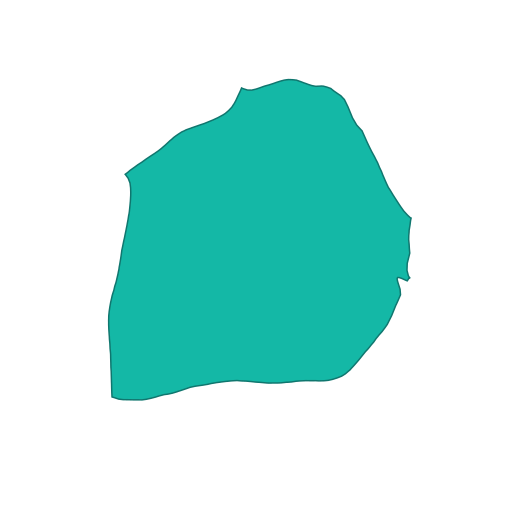 the district of Sah, Hadramawt, Yemen, rotated 21°
{"feature_id": "15242507B46813891716840", "entity_name": "Sah", "entity_type": "district", "adm_level": 2, "iso_a3": "YEM", "parent_name": "Yemen", "parent_adm1": "Hadramawt", "projection": "orthographic", "projection_center": [48.896, 15.508], "detail": "fine", "context": "isolated", "style": "filled", "palette": "teal", "viewbox_px": 512, "rotation_deg": 21, "n_neighbors": 0, "source": "geoboundaries", "source_scale": "gbopen_adm2", "svg_char_len": 4138}
<svg xmlns="http://www.w3.org/2000/svg" viewBox="0 0 512 512"><g transform="rotate(21 256 256)"><path d="M387.2,165.0L386.4,165.0L383.4,163.8L382.3,163.3L379.5,161.9L377.9,161.1L373.8,158.4L371.5,156.8L370.4,156.0L366.0,152.8L361.8,149.7L358.1,146.8L356.9,145.9L354.9,144.5L353.8,143.4L352.1,141.8L351.0,140.7L349.4,139.1L347.0,136.6L346.5,136.1L345.4,135.0L342.9,132.2L339.5,129.0L336.6,125.9L335.9,125.2L333.5,123.1L330.9,120.7L329.7,119.7L329.0,119.1L326.4,116.9L322.9,113.7L319.0,110.0L316.3,107.3L313.5,104.5L312.7,103.7L310.7,101.7L310.4,101.3L303.1,97.7L296.6,92.5L288.3,83.7L282.4,78.2L281.5,77.8L280.0,77.1L277.8,76.0L273.9,75.1L269.8,74.1L267.2,73.3L265.8,72.8L261.7,72.9L258.0,73.3L257.1,73.6L256.6,73.7L254.1,74.8L250.9,76.2L246.9,76.9L243.3,77.1L242.6,77.1L241.2,77.1L238.8,77.2L237.8,77.2L235.1,77.2L231.8,77.3L230.8,77.3L226.7,78.4L223.8,79.4L223.2,79.6L221.8,80.3L219.3,81.7L216.1,84.0L213.1,86.4L210.3,88.8L209.3,89.6L206.7,91.7L204.9,93.0L202.9,94.5L201.5,95.7L199.1,97.8L196.2,100.2L195.9,100.4L192.5,102.7L188.7,104.1L184.0,104.4L182.3,104.3L182.3,105.8L182.2,108.0L181.8,113.0L181.5,117.9L181.2,120.3L181.0,121.7L180.7,122.9L180.1,125.8L178.3,130.1L176.2,134.0L174.8,135.9L173.7,137.2L170.7,140.7L169.7,141.7L167.1,144.4L163.7,147.6L162.1,149.1L160.3,150.8L157.0,153.5L152.4,157.4L149.9,159.5L149.4,160.0L148.9,160.4L145.5,163.3L144.3,164.7L142.2,166.8L139.6,170.4L138.3,172.3L136.7,174.8L135.4,177.4L134.3,179.3L133.3,181.4L131.5,185.1L129.8,188.2L129.2,189.4L127.1,192.9L124.3,197.0L121.4,201.0L118.4,205.3L115.9,209.2L113.1,213.0L110.4,217.2L108.0,220.8L107.8,221.1L106.1,224.3L105.5,225.2L104.6,226.6L105.5,227.1L108.9,229.3L109.4,229.9L112.2,233.0L114.5,237.3L116.2,241.3L117.3,244.3L117.5,244.9L119.1,249.9L120.5,254.9L121.9,260.1L122.4,262.4L122.6,263.8L123.5,267.9L123.6,268.5L124.3,272.3L124.6,273.8L125.1,276.8L125.4,278.4L125.9,281.5L126.8,286.8L127.0,288.4L127.4,290.9L128.1,295.0L128.7,298.8L129.9,303.8L130.6,306.9L130.8,307.9L131.4,310.8L131.9,313.3L132.3,315.5L132.8,317.5L133.1,319.6L133.6,322.3L134.2,326.7L134.6,329.4L134.8,331.1L135.0,335.0L135.6,339.1L135.7,341.6L135.8,343.1L135.9,344.4L136.3,347.0L136.9,351.2L137.8,355.9L138.8,360.3L140.0,364.7L140.8,366.9L141.6,369.2L142.1,370.4L143.1,373.0L144.9,377.2L147.1,382.0L148.0,383.9L149.0,386.2L151.0,390.2L153.0,394.8L155.0,398.8L155.6,400.1L156.9,403.3L158.7,407.6L160.4,411.8L162.2,415.7L163.7,419.3L165.5,423.6L165.9,424.6L167.1,427.4L168.2,430.1L168.7,431.3L170.3,435.1L172.1,439.2L174.6,439.0L179.1,438.8L183.5,437.7L188.1,436.0L193.4,434.1L197.3,432.6L200.0,431.6L201.1,431.2L204.9,429.1L209.0,426.4L212.9,423.6L215.0,421.9L216.6,420.7L217.6,420.0L219.8,418.4L220.7,417.9L223.3,416.5L227.1,414.0L231.0,411.0L231.0,410.9L233.9,408.6L235.1,407.6L238.0,405.2L239.3,404.1L241.4,402.3L245.2,399.8L246.0,399.3L248.5,397.9L253.0,395.4L256.2,393.5L256.6,393.3L260.0,391.0L263.6,388.9L264.2,388.5L268.1,386.4L268.6,386.1L273.1,383.7L274.0,383.3L277.5,381.5L282.8,379.1L284.5,378.6L287.0,377.9L291.7,376.3L296.7,374.9L300.9,373.8L304.7,372.6L310.0,371.1L311.8,370.6L313.6,370.0L317.3,368.5L321.0,367.1L324.7,365.5L325.7,365.0L328.8,363.4L330.0,362.8L330.6,362.6L334.2,360.9L338.4,358.5L342.2,356.7L347.2,354.5L351.8,352.8L355.4,351.4L356.1,351.1L359.0,350.2L360.3,349.7L364.4,348.0L368.0,346.2L371.6,343.8L375.5,340.7L379.0,337.5L381.7,333.9L383.5,330.5L384.5,328.8L385.3,326.6L386.2,324.4L387.9,319.9L389.2,316.2L390.7,311.5L392.4,306.2L393.9,302.5L395.4,297.8L395.9,296.4L396.7,294.2L397.4,291.3L397.7,290.0L398.6,287.4L399.1,285.8L399.8,284.0L400.8,281.3L401.3,279.5L402.0,277.1L403.0,273.1L403.1,272.4L403.5,268.2L403.9,264.2L404.0,263.1L404.1,257.3L404.2,251.4L404.3,251.2L404.6,245.8L404.8,240.4L402.4,235.4L397.6,229.4L396.3,227.5L395.8,226.2L396.0,225.3L397.4,224.8L400.0,224.7L405.2,225.0L406.1,225.0L406.4,223.6L406.6,222.2L406.8,221.7L407.2,221.6L407.3,221.6L407.4,221.3L406.9,221.1L405.6,220.1L405.2,219.7L402.1,215.3L399.8,208.6L399.0,202.0L398.5,198.1L398.4,198.0L396.6,194.3L394.7,190.1L392.7,186.1L391.3,182.2L390.3,178.7L389.8,177.3L388.7,172.0L387.6,167.5L387.2,165.0Z" fill="#14b8a6" stroke="#0f766e" stroke-width="1.5"/></g></svg>